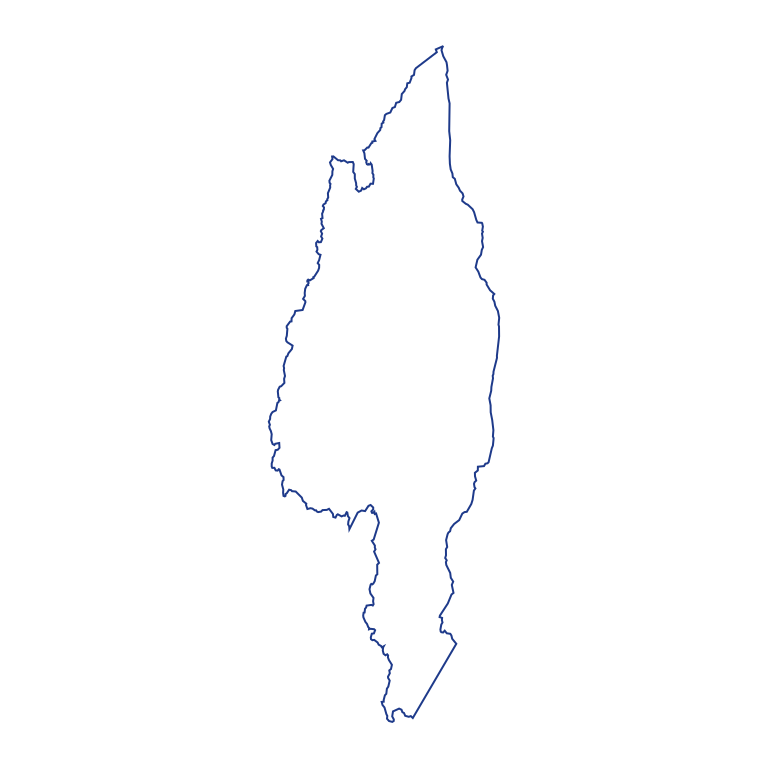 outline of Condorcanqui, Amazonas, Peru
{"feature_id": "86281439B49364565182822", "entity_name": "Condorcanqui", "entity_type": "district", "adm_level": 2, "iso_a3": "PER", "parent_name": "Peru", "parent_adm1": "Amazonas", "projection": "equal_earth", "projection_center": [-78.171, -4.2], "detail": "fine", "context": "isolated", "style": "outline", "palette": "blue", "viewbox_px": 768, "rotation_deg": 0, "n_neighbors": 0, "source": "geoboundaries", "source_scale": "gbopen_adm2", "svg_char_len": 6102}
<svg xmlns="http://www.w3.org/2000/svg" viewBox="0 0 768 768"><path d="M381.7,701.9L382.5,705.0L384.5,707.5L386.4,714.2L387.3,715.9L387.0,718.7L389.0,721.0L392.3,721.9L393.7,721.0L393.8,719.4L392.2,716.4L393.0,711.4L399.1,708.6L401.5,709.7L402.4,712.2L404.0,713.0L405.2,715.8L408.8,716.8L410.8,716.1L412.8,718.0L456.3,643.8L452.2,638.8L451.4,635.5L450.3,633.8L446.8,633.3L444.7,630.7L443.1,632.5L441.3,632.2L440.7,631.5L440.4,629.5L441.3,624.5L442.5,622.5L441.9,620.2L442.1,617.9L439.6,617.1L439.9,615.6L447.8,603.5L451.5,594.5L453.5,592.9L451.8,584.9L453.2,581.6L450.8,577.8L450.2,572.9L446.3,565.0L445.9,562.1L446.7,560.3L445.2,558.0L446.0,555.3L445.9,549.2L447.2,547.0L446.1,540.1L447.6,534.2L448.4,532.6L450.1,531.2L450.8,528.2L454.1,524.0L459.2,520.1L462.3,513.6L464.5,512.1L466.8,511.8L471.3,504.0L472.6,499.8L473.9,490.6L475.4,488.4L474.5,487.1L474.0,483.8L474.6,482.1L476.2,480.6L475.0,476.3L474.9,472.8L477.8,470.5L477.9,466.7L484.0,466.1L485.4,463.7L487.5,463.3L488.6,462.2L491.8,448.3L492.9,445.6L493.5,439.5L493.6,438.0L492.9,436.6L493.4,430.2L492.2,420.0L490.7,412.3L490.6,405.3L489.3,398.4L491.2,390.8L491.4,386.9L493.0,378.3L492.7,375.8L493.4,374.1L493.5,371.7L497.0,357.8L496.9,355.8L499.1,336.5L499.0,326.4L498.5,324.7L499.2,317.8L497.9,311.0L495.2,305.7L494.4,301.7L492.8,298.7L493.1,295.4L494.3,294.0L490.1,290.3L486.6,284.5L486.6,282.7L484.5,279.8L481.9,279.1L480.5,277.5L478.3,271.6L475.6,267.4L477.4,259.7L481.0,254.7L481.8,249.9L483.1,247.1L482.0,241.1L482.7,237.9L482.0,233.6L482.9,231.7L482.2,230.7L482.9,226.6L482.2,223.3L481.8,222.8L477.5,222.5L476.3,219.9L474.1,212.2L472.6,209.2L467.8,204.7L465.8,203.8L462.3,201.0L462.2,199.6L463.5,196.5L462.6,193.4L460.0,190.7L458.7,187.7L456.3,184.3L454.8,178.8L452.8,177.2L452.4,173.5L450.7,169.4L449.9,163.9L449.6,156.3L450.2,140.2L449.2,131.2L449.6,103.4L448.5,98.5L446.9,82.7L448.0,79.6L446.2,74.8L447.6,70.8L447.0,65.1L446.5,62.2L443.3,56.3L441.5,50.2L442.3,47.4L443.3,46.1L435.8,49.4L436.8,52.2L415.9,68.2L414.6,70.2L414.0,74.9L411.4,76.5L411.5,77.9L409.7,82.7L407.3,83.3L406.8,87.2L405.1,89.2L404.5,91.0L401.8,94.0L401.1,99.8L399.3,102.0L396.2,102.8L394.9,107.0L392.4,108.0L390.3,112.5L386.4,113.9L384.9,115.2L384.1,120.0L383.1,121.5L383.4,122.6L381.7,123.6L381.5,127.2L380.4,128.1L380.2,130.0L377.4,133.1L374.4,139.1L375.4,140.9L372.3,141.5L372.3,142.8L371.3,143.2L368.5,147.6L367.3,147.5L364.5,150.3L363.2,150.4L364.4,153.3L365.0,158.8L366.7,160.8L366.2,162.1L366.9,164.2L368.0,164.7L368.7,164.0L369.6,164.5L370.5,164.2L370.7,163.3L371.7,164.6L372.6,170.9L372.4,173.1L373.4,174.7L373.3,177.4L373.8,178.4L373.0,183.8L370.5,183.7L368.9,186.6L367.0,186.8L366.0,188.3L363.9,189.3L362.2,188.0L361.1,190.6L358.8,191.7L355.8,188.9L356.9,186.9L356.2,185.5L356.1,183.1L354.8,178.5L354.8,174.1L353.2,171.9L353.7,164.1L352.8,162.0L348.8,162.1L347.7,162.7L344.0,160.3L341.1,161.3L340.4,160.4L338.0,160.2L333.4,156.4L332.1,156.5L332.5,159.1L330.0,162.4L330.8,165.0L333.1,168.9L332.4,171.3L332.3,174.9L329.4,180.7L329.6,182.8L330.5,183.9L330.1,185.2L330.2,187.6L327.9,193.2L328.2,197.5L327.2,199.3L327.4,200.2L325.9,201.4L325.6,203.2L323.5,204.5L322.8,206.0L324.0,207.4L323.8,209.7L323.1,210.3L323.1,211.5L322.1,213.7L322.5,218.1L321.0,218.8L321.8,221.6L321.5,223.8L323.8,228.2L321.3,230.1L320.8,231.1L322.1,233.7L321.1,236.5L322.4,238.6L320.9,242.1L318.9,242.3L317.7,241.0L316.1,243.0L316.3,246.4L317.2,247.1L317.4,249.8L316.5,251.6L318.7,254.2L320.5,254.8L319.1,260.2L317.7,263.1L319.2,264.9L319.1,267.9L318.1,270.7L314.3,276.6L313.3,277.2L313.6,278.1L310.0,280.3L308.2,279.6L307.4,280.4L307.3,281.5L308.4,281.7L308.6,283.1L307.9,284.3L308.1,285.1L306.9,285.2L305.2,288.8L304.7,293.0L304.9,295.9L303.1,298.9L305.3,301.1L305.4,302.3L302.6,310.0L295.3,311.0L294.4,314.4L291.6,318.2L291.5,321.4L290.1,321.6L286.7,326.2L286.7,327.8L287.4,328.8L286.8,335.8L285.9,338.7L286.3,341.0L287.4,342.3L292.6,345.6L291.9,349.0L288.4,353.3L287.3,356.2L286.3,356.6L283.6,366.0L284.1,368.1L283.8,370.0L285.0,376.0L284.1,378.8L284.4,382.9L281.2,386.2L279.7,386.7L278.1,389.8L277.8,391.4L278.4,397.3L279.3,398.1L279.2,399.5L280.0,400.3L279.0,400.7L278.4,402.3L277.4,402.9L275.9,410.4L272.6,412.0L271.3,413.7L270.2,416.5L270.1,419.0L268.8,421.7L269.9,424.8L269.2,426.4L269.6,428.4L270.9,431.1L271.7,434.2L271.2,440.1L272.6,444.0L274.4,445.0L275.2,443.8L279.2,443.0L279.5,447.8L277.7,449.8L275.6,450.1L274.0,456.0L272.6,457.6L272.6,460.6L271.7,463.5L271.7,466.5L272.3,467.9L274.4,467.8L275.7,470.4L277.6,470.6L278.8,469.2L279.5,469.6L281.5,475.4L283.5,477.1L283.6,480.0L282.6,481.1L282.0,484.6L283.3,489.5L283.1,492.8L283.5,495.9L284.8,496.4L285.5,495.9L285.6,494.0L286.8,493.2L289.1,489.7L291.2,490.2L292.0,491.2L295.7,491.5L301.8,497.6L302.9,500.9L306.3,503.7L306.0,505.0L307.4,509.0L310.5,508.2L312.5,508.6L314.8,510.3L316.1,510.3L316.7,511.4L318.1,512.1L321.1,511.6L322.5,510.1L326.8,509.9L329.0,508.8L332.9,513.9L333.3,517.0L335.5,517.6L336.8,515.0L337.8,514.3L341.6,516.4L343.7,515.5L344.8,515.8L346.6,512.2L347.3,512.5L347.9,516.1L349.5,518.1L348.4,521.4L348.1,524.4L349.2,526.3L349.4,529.2L357.7,512.6L361.6,510.5L365.1,511.1L368.5,505.8L370.6,505.0L373.2,507.5L373.2,509.4L371.4,511.3L371.9,512.8L372.9,512.9L374.4,511.6L374.8,514.0L376.1,513.5L378.9,522.7L373.7,539.5L371.8,540.8L374.9,545.6L374.8,547.5L375.5,549.3L374.1,551.6L379.0,562.9L377.2,564.7L377.3,574.3L375.9,575.5L374.7,581.2L373.3,583.6L372.3,584.4L371.3,583.9L370.6,584.8L369.5,589.2L370.4,593.5L373.5,597.9L373.1,601.3L373.6,604.2L372.8,605.5L371.4,604.9L366.6,605.6L366.1,607.5L365.0,608.8L364.6,612.5L363.6,612.7L363.2,615.5L363.4,617.3L365.4,621.9L367.0,623.9L368.2,627.0L369.1,628.0L369.0,629.3L370.4,628.8L374.1,629.2L375.1,630.2L373.9,633.4L371.8,633.7L370.8,637.4L371.0,639.2L372.4,640.2L374.2,639.9L377.6,642.5L378.7,644.7L381.0,645.9L381.8,647.3L383.7,646.3L383.1,647.4L382.8,650.6L383.6,653.8L385.5,655.3L387.2,654.3L388.1,655.4L387.9,657.3L388.9,660.0L391.9,664.8L391.0,669.0L389.3,670.4L389.8,673.3L388.0,676.7L388.1,677.9L389.7,680.6L388.3,686.6L386.9,688.7L386.3,693.8L384.9,695.3L383.7,699.9L383.7,701.7L381.7,701.9Z" fill="none" stroke="#1e3a8a" stroke-width="2"/></svg>